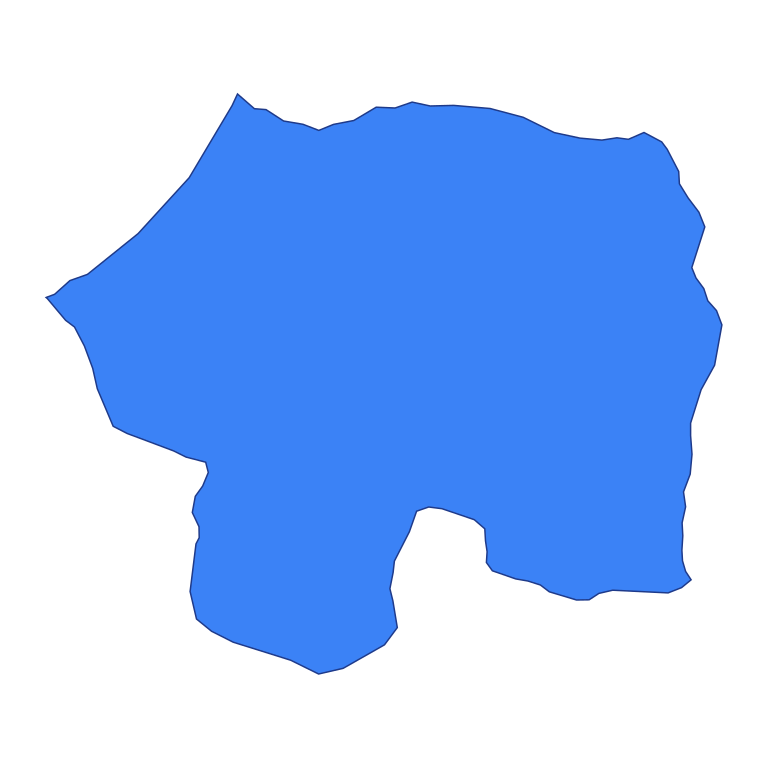 an SVG outline of Rabat - Salé - Zemmour - Zaer
{"feature_id": "MAR-1451", "entity_name": "Rabat - Salé - Zemmour - Zaer", "entity_type": "Region", "adm_level": 1, "iso_a3": "MAR", "parent_name": "Morocco", "parent_adm1": "", "projection": "mercator", "projection_center": [-6.34, 33.685], "detail": "fine", "context": "isolated", "style": "filled", "palette": "blue", "viewbox_px": 768, "rotation_deg": 0, "n_neighbors": 0, "source": "natural_earth", "source_scale": "10m", "svg_char_len": 1415}
<svg xmlns="http://www.w3.org/2000/svg" viewBox="0 0 768 768"><path d="M46.1,297.5L46.3,297.4L54.6,294.3L69.9,280.6L87.4,274.4L138.1,233.6L189.2,177.7L232.1,105.6L237.5,94.0L254.4,108.7L266.0,109.6L283.6,121.0L303.0,124.3L318.8,130.4L333.5,124.4L353.8,120.5L376.2,107.2L395.1,108.0L412.1,102.1L430.3,106.0L453.7,105.4L490.1,108.5L523.2,117.3L554.3,132.6L579.9,138.1L601.9,140.1L616.9,137.8L628.4,139.3L644.0,132.5L661.7,141.9L667.2,149.3L678.7,171.5L679.4,183.8L688.1,197.9L698.9,212.2L704.8,226.9L691.8,267.6L696.0,278.0L703.8,288.6L707.8,300.8L716.5,310.6L721.9,324.9L714.6,365.2L701.1,389.7L690.6,423.1L690.6,435.6L692.0,454.3L690.2,474.1L683.5,491.9L685.6,506.8L682.1,522.9L682.8,535.8L681.9,550.3L682.5,560.8L685.6,571.4L691.1,579.8L681.6,587.6L668.1,592.9L612.7,590.2L598.9,593.4L589.1,599.8L576.5,600.0L549.3,591.8L540.4,585.0L527.8,581.0L515.7,578.9L492.4,570.8L486.4,562.5L487.1,551.7L485.5,540.9L484.8,528.8L474.3,519.7L442.0,508.7L428.7,507.0L416.6,511.2L409.4,531.7L394.4,561.1L393.1,572.6L389.9,588.7L392.9,600.9L397.3,627.6L384.5,644.8L343.2,668.3L318.6,674.0L290.6,660.2L233.2,642.2L211.6,631.3L196.5,619.0L190.1,591.5L196.0,543.9L199.2,537.7L199.0,526.7L192.3,512.5L195.3,496.3L202.7,486.0L208.3,472.5L205.7,462.2L186.1,457.1L173.6,450.9L127.2,433.5L113.2,426.3L97.3,388.7L92.7,368.3L84.4,346.0L74.5,327.0L65.6,320.3L47.3,298.5L46.1,297.5Z" fill="#3b82f6" stroke="#1e3a8a" stroke-width="1.5"/></svg>